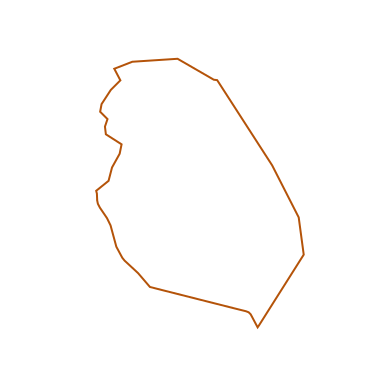 Al Dhahira, Albers equal-area conic projection, rotated 315°
{"feature_id": "OMN-2414", "entity_name": "Al Dhahira", "entity_type": "Region", "adm_level": 1, "iso_a3": "OMN", "parent_name": "Oman", "parent_adm1": "", "projection": "albers", "projection_center": [55.739, 23.003], "detail": "fine", "context": "isolated", "style": "outline", "palette": "amber", "viewbox_px": 384, "rotation_deg": 315, "n_neighbors": 0, "source": "natural_earth", "source_scale": "10m", "svg_char_len": 666}
<svg xmlns="http://www.w3.org/2000/svg" viewBox="0 0 384 384"><g transform="rotate(315 192 192)"><path d="M95.1,229.4L96.5,211.2L95.8,192.9L96.2,189.2L99.8,177.2L110.8,158.0L113.4,150.4L115.8,137.9L117.1,133.8L119.2,130.6L119.3,130.6L123.6,125.9L125.1,123.4L140.9,125.1L152.8,118.1L167.9,113.8L175.9,108.5L171.9,90.3L176.7,84.2L183.8,80.7L183.8,70.3L190.2,65.9L206.8,62.4L220.3,62.4L224.2,49.9L241.9,57.7L276.0,87.6L286.8,128.0L288.9,130.7L267.5,229.9L249.5,285.4L226.7,315.3L145.4,333.6L142.7,334.1L147.0,320.0L147.0,317.1L145.8,314.4L139.6,304.1L130.3,288.5L121.0,272.9L111.7,257.3L102.4,241.7L95.1,229.4Z" fill="none" stroke="#b45309" stroke-width="2"/></g></svg>